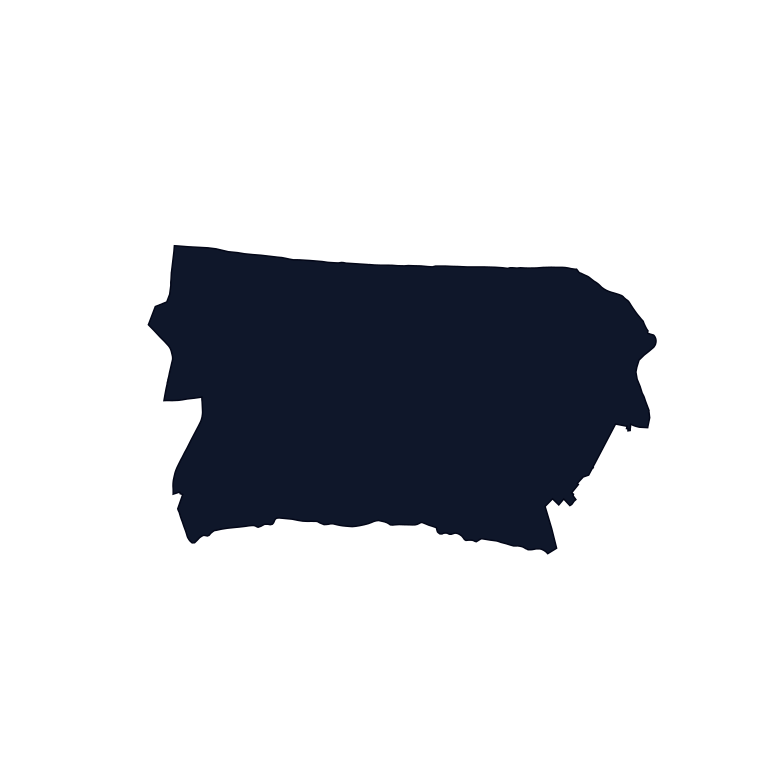 Deir Al Balah, Gaza Strip, Palestine (Equal Earth projection), rotated 55°
{"feature_id": "87354302B22339434669936", "entity_name": "Deir Al Balah", "entity_type": "district", "adm_level": 2, "iso_a3": "PSE", "parent_name": "Palestine", "parent_adm1": "Gaza Strip", "projection": "equal_earth", "projection_center": [34.378, 31.42], "detail": "fine", "context": "isolated", "style": "filled", "palette": "ink", "viewbox_px": 768, "rotation_deg": 55, "n_neighbors": 0, "source": "geoboundaries", "source_scale": "gbopen_adm2", "svg_char_len": 6146}
<svg xmlns="http://www.w3.org/2000/svg" viewBox="0 0 768 768"><g transform="rotate(55 384 384)"><path d="M400.4,160.4L399.6,161.6L396.9,164.5L394.8,166.4L392.5,168.8L390.6,171.2L387.9,175.1L384.3,180.0L379.6,187.1L376.5,192.4L371.9,199.2L369.6,202.3L367.0,205.6L365.3,208.6L362.7,211.8L361.1,214.0L360.2,216.4L356.7,220.3L352.2,225.9L345.2,235.3L336.0,248.5L330.2,256.0L326.3,261.3L322.9,265.7L316.9,274.3L315.8,277.2L313.1,280.6L308.5,286.0L304.3,291.7L300.9,296.2L298.9,299.6L295.0,304.9L291.3,309.4L287.5,314.7L284.4,319.1L281.0,323.6L277.7,327.6L277.0,328.7L276.6,329.0L276.0,329.8L270.8,336.3L265.9,342.4L263.3,345.7L261.2,347.7L260.0,349.2L258.7,351.9L257.2,353.9L252.9,359.3L252.0,360.4L248.3,364.3L240.8,373.3L237.0,378.1L236.5,378.7L233.5,382.5L230.3,387.0L227.3,390.0L224.5,392.6L221.8,395.2L219.2,398.3L214.2,403.9L207.9,411.0L202.8,417.2L197.4,423.5L192.4,428.6L186.3,435.7L176.9,444.1L171.5,450.1L166.0,457.1L159.6,465.3L153.4,472.8L150.5,476.4L151.7,477.4L154.9,480.0L169.9,493.4L170.7,494.2L176.0,498.3L178.5,500.4L181.0,502.1L187.6,508.1L192.2,514.9L189.4,526.9L200.2,542.8L200.3,543.0L202.8,542.6L208.2,541.7L216.9,540.5L223.1,539.4L228.5,538.7L229.2,538.6L229.9,538.6L230.6,538.6L231.3,538.6L232.0,538.7L232.7,538.8L233.3,538.9L234.0,539.1L235.0,539.4L235.3,539.5L239.6,541.2L240.6,541.7L241.7,542.4L242.5,543.0L242.9,543.4L244.1,544.7L244.4,545.1L248.4,549.5L251.7,553.2L254.4,556.0L256.5,558.5L256.6,558.4L258.3,560.2L258.2,560.3L258.8,561.0L259.6,561.6L262.7,565.0L267.0,569.4L271.1,573.5L271.4,573.8L272.8,571.6L274.8,568.8L276.3,566.7L277.7,564.5L279.3,562.0L279.8,561.1L280.3,560.1L281.2,558.4L283.4,553.7L286.7,547.7L290.3,540.7L292.2,542.0L293.2,542.6L294.3,543.2L296.5,544.6L302.0,548.1L302.9,548.7L303.6,549.2L304.7,550.1L305.1,550.5L306.1,551.4L306.7,552.0L307.5,552.9L308.2,553.8L308.8,554.5L309.2,555.1L309.6,555.7L311.9,559.9L319.0,573.7L323.7,582.4L325.7,586.5L328.6,591.9L329.2,593.2L331.9,598.2L333.8,601.6L334.4,602.5L334.8,603.2L336.2,605.2L336.9,606.1L339.3,608.8L341.9,611.6L342.9,612.5L344.3,613.7L345.1,614.3L346.6,615.4L349.2,617.0L352.8,619.5L353.3,619.9L354.9,614.7L355.0,614.3L355.2,614.0L355.3,613.7L355.5,613.5L355.8,613.2L356.9,613.9L359.0,612.3L359.6,613.0L367.9,624.5L369.1,624.9L370.1,625.1L371.5,625.3L372.4,625.6L373.0,625.8L375.4,626.6L376.7,627.0L378.4,627.5L381.2,628.2L384.9,629.3L387.1,629.9L390.6,630.8L391.9,631.2L393.8,631.8L395.2,632.3L396.2,632.6L397.0,632.8L397.6,632.9L398.2,632.9L399.5,633.0L400.8,633.0L402.1,632.8L403.3,632.5L404.1,632.3L405.4,630.2L404.8,626.5L404.1,623.3L404.1,620.9L404.3,619.0L405.2,617.7L407.2,615.8L407.6,614.1L406.9,611.5L406.7,608.8L406.8,606.9L407.5,605.6L409.7,600.3L412.3,595.0L415.7,588.9L418.3,584.3L420.9,579.5L422.7,575.9L424.1,573.5L425.0,572.1L426.4,570.8L427.9,570.1L429.1,569.3L429.9,566.5L430.2,563.8L430.4,562.2L431.1,561.2L432.4,559.4L433.4,558.5L434.1,557.7L434.8,555.8L434.3,554.0L432.7,551.4L432.3,550.3L432.4,548.8L433.5,546.8L442.0,536.8L446.5,532.5L449.6,529.3L451.5,526.9L453.0,524.9L454.7,522.3L456.5,519.9L457.7,518.2L458.8,517.2L460.8,516.3L464.7,513.8L465.6,512.5L466.9,510.2L467.9,507.9L469.3,505.9L472.7,502.9L474.9,500.8L476.7,498.9L478.5,496.8L480.5,494.4L482.6,491.8L484.3,488.8L486.0,485.3L487.8,481.1L489.3,477.1L490.2,473.7L490.7,471.3L491.5,469.0L492.7,466.7L497.2,462.6L499.5,461.0L501.3,460.2L503.0,459.6L504.5,457.8L505.6,455.8L507.8,452.2L511.1,447.8L513.7,444.2L515.8,441.4L517.1,439.5L518.0,437.3L518.4,435.1L518.6,433.3L519.4,432.1L521.2,430.9L525.4,428.2L528.1,426.1L530.3,424.5L531.8,423.5L533.9,424.4L535.8,425.0L537.0,424.8L538.8,424.2L540.1,422.5L540.4,420.8L541.2,419.3L542.5,417.7L543.8,417.1L544.7,416.4L545.6,415.2L546.2,413.4L546.6,412.0L547.2,410.9L548.5,409.6L550.5,408.4L553.0,407.5L555.3,407.3L557.6,407.3L559.1,406.6L560.4,404.3L561.5,402.7L562.6,401.3L563.8,400.4L565.1,399.7L566.1,398.9L566.3,395.9L566.4,393.6L566.7,392.9L567.4,392.0L567.9,391.5L572.5,386.8L576.9,382.0L578.0,381.0L580.8,379.0L584.8,375.6L588.3,372.9L591.0,370.7L593.3,367.3L594.8,365.7L596.7,364.0L598.5,363.0L600.0,362.4L601.2,361.6L602.3,361.1L603.7,359.2L604.6,357.7L605.4,356.0L606.0,354.6L606.4,353.8L608.5,350.8L609.9,349.6L612.3,348.3L614.7,347.5L616.9,347.2L617.5,336.8L598.7,329.6L583.1,324.4L576.7,322.3L574.7,311.8L583.3,310.2L581.3,302.7L590.2,301.5L590.3,300.5L590.3,299.6L590.2,299.0L590.2,298.7L590.1,298.4L589.7,297.5L589.5,296.8L589.2,296.1L589.0,295.4L588.9,294.7L588.8,293.5L588.7,293.3L588.7,293.1L583.9,293.2L583.0,292.0L580.8,292.7L577.8,282.4L576.3,282.7L574.4,274.2L576.0,268.6L572.5,261.7L572.8,261.4L572.4,260.5L572.0,260.7L571.4,259.5L571.0,258.9L570.3,257.4L551.0,220.0L549.6,217.3L558.1,209.1L559.6,210.9L560.6,209.9L562.3,211.0L563.3,209.0L562.5,208.4L561.7,207.9L561.2,207.3L558.4,205.0L561.4,203.2L562.1,202.7L563.4,201.7L564.7,200.6L565.3,200.1L565.7,199.7L566.1,199.3L566.7,198.5L570.9,193.2L571.0,193.0L570.7,192.8L564.0,185.7L558.6,182.8L558.2,182.7L558.0,182.4L557.8,182.2L557.7,182.1L548.3,179.7L547.3,179.4L545.6,178.9L544.3,178.5L543.0,178.2L539.4,177.7L532.8,175.6L525.3,173.9L518.7,170.8L515.2,167.2L510.7,161.4L509.5,154.2L509.2,148.5L508.6,142.2L508.5,141.8L508.4,141.4L508.0,140.5L507.8,140.0L507.4,139.2L506.9,138.5L506.3,137.9L505.9,137.4L505.3,136.9L504.5,136.3L503.9,136.0L503.2,135.6L502.2,135.3L501.4,135.1L500.7,135.0L500.0,135.0L499.1,135.0L498.4,135.2L496.1,137.1L493.8,138.8L493.2,138.6L492.8,138.3L492.3,137.9L492.0,137.3L490.0,137.3L488.9,137.2L486.7,136.9L485.6,136.7L483.4,136.3L481.3,135.7L477.9,136.1L474.9,136.3L472.5,136.5L470.1,136.6L467.6,136.6L465.0,136.6L461.6,136.5L457.8,136.3L456.8,136.3L456.0,136.4L455.6,136.5L454.6,136.8L453.3,137.3L452.1,137.6L450.8,137.9L449.6,138.0L449.1,138.2L448.4,138.4L448.0,138.6L447.6,138.8L447.2,139.1L445.7,140.1L444.1,141.3L441.3,143.5L439.6,144.9L438.8,145.5L437.6,146.4L436.5,147.1L434.9,148.1L433.6,148.7L432.8,149.1L431.2,149.7L429.8,150.2L428.7,150.4L426.5,150.8L425.2,151.1L424.5,151.3L422.7,151.9L420.4,152.9L419.5,153.2L418.5,153.5L417.6,153.8L415.5,154.4L414.2,154.8L413.2,155.2L412.2,155.7L409.9,157.1L407.8,158.3L406.5,159.0L404.8,160.2L400.4,160.4Z" fill="#0f172a" stroke="#020617" stroke-width="1.5"/></g></svg>